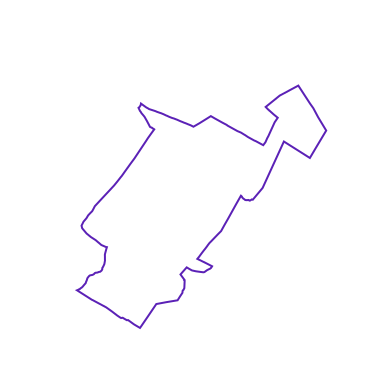 outline of Tapilula, Chiapas, Mexico, rotated 299°
{"feature_id": "50627088B79605017756871", "entity_name": "Tapilula", "entity_type": "district", "adm_level": 2, "iso_a3": "MEX", "parent_name": "Mexico", "parent_adm1": "Chiapas", "projection": "albers", "projection_center": [-92.998, 17.25], "detail": "fine", "context": "isolated", "style": "outline", "palette": "violet", "viewbox_px": 384, "rotation_deg": 299, "n_neighbors": 0, "source": "geoboundaries", "source_scale": "gbopen_adm2", "svg_char_len": 3379}
<svg xmlns="http://www.w3.org/2000/svg" viewBox="0 0 384 384"><g transform="rotate(299 192 192)"><path d="M50.3,139.1L49.2,156.8L49.3,157.4L49.5,172.9L48.7,179.9L47.7,186.6L47.4,190.1L47.4,191.1L48.4,192.3L48.3,195.4L48.3,197.2L49.0,198.2L48.1,205.5L47.9,212.4L49.5,212.6L61.1,213.7L76.7,215.1L83.4,223.2L90.3,231.9L95.4,232.2L96.6,232.3L99.2,232.5L101.0,231.7L101.9,231.8L102.2,232.0L104.2,231.9L110.8,228.6L111.1,227.9L111.5,228.0L114.3,221.9L123.5,223.9L123.5,224.1L123.4,226.9L123.4,230.0L123.9,231.7L124.6,234.0L125.6,236.6L126.3,238.4L127.3,240.9L128.0,241.7L131.0,243.1L133.9,245.1L134.7,245.4L136.6,245.6L136.8,245.6L136.6,239.4L136.1,229.1L139.3,229.7L139.6,229.7L143.4,230.2L146.8,230.7L148.4,231.0L151.9,231.5L153.1,231.6L155.8,232.0L158.6,232.8L160.9,233.4L167.7,235.2L171.9,236.4L178.1,236.4L179.2,236.4L186.1,236.5L191.1,236.5L196.3,236.5L201.7,236.5L202.3,236.5L212.5,236.6L212.4,237.2L212.1,237.7L212.0,238.1L211.6,238.5L211.5,239.0L211.1,240.0L211.1,240.5L211.0,241.5L210.8,242.5L211.2,243.2L211.4,243.9L212.0,244.7L212.3,245.0L212.5,245.8L212.3,246.3L212.5,246.8L213.5,247.4L214.5,247.9L214.7,248.9L229.8,251.8L280.7,247.9L278.9,278.6L289.6,278.9L310.8,279.6L318.6,266.0L324.1,257.5L326.6,252.3L336.6,233.4L318.9,222.0L302.1,215.2L301.1,218.5L300.8,220.0L300.7,220.1L300.5,221.4L300.3,222.0L300.2,222.6L299.5,225.6L299.2,227.2L299.1,227.8L298.5,231.0L293.0,230.5L290.6,230.7L281.6,231.4L277.9,231.7L275.6,231.7L271.1,232.1L267.5,231.6L267.4,223.2L267.3,222.2L267.2,221.6L267.2,214.2L267.5,210.9L267.5,210.0L267.7,206.0L267.3,202.2L267.3,194.3L267.3,190.7L267.5,190.0L267.5,189.4L267.4,185.0L267.4,182.8L267.4,180.4L267.4,176.5L267.5,171.7L263.5,169.5L255.6,165.1L254.3,164.3L252.6,163.3L249.8,161.6L249.7,158.4L249.3,155.5L249.2,154.4L249.0,152.8L248.8,151.6L248.7,151.0L248.6,149.7L248.3,147.6L248.0,144.0L247.9,143.2L247.8,142.7L247.5,140.4L247.2,139.2L247.1,138.7L246.7,135.7L246.6,134.3L246.6,134.0L246.5,132.9L246.4,132.6L246.3,130.6L246.2,129.2L246.1,128.5L246.1,128.4L245.9,126.6L245.8,126.3L245.1,122.2L245.1,121.9L245.0,120.9L244.8,119.8L243.7,114.2L243.8,113.5L243.8,111.3L243.8,110.9L244.3,106.9L244.6,104.5L243.0,105.0L241.0,104.9L239.7,104.4L238.5,106.1L237.8,107.0L237.5,107.6L237.4,108.0L236.7,109.2L236.4,109.7L236.2,110.3L235.3,112.7L234.7,114.1L233.8,115.6L233.0,116.9L232.6,117.6L231.9,118.7L231.5,119.3L230.2,121.3L229.6,122.2L228.6,123.7L228.6,124.2L228.6,124.3L228.8,125.9L228.6,126.3L228.6,127.9L228.5,128.6L223.7,128.0L217.5,127.3L214.4,127.1L208.3,126.6L196.1,125.6L193.5,125.4L186.8,124.5L185.1,124.3L176.6,123.3L172.0,122.8L170.5,122.5L165.5,121.7L159.9,120.7L139.0,115.5L132.5,113.9L129.0,114.0L126.8,114.0L124.0,113.2L121.2,112.5L117.9,112.4L113.5,111.5L111.6,111.6L109.0,111.7L107.0,113.6L104.6,119.9L103.6,125.3L103.2,131.1L102.4,134.9L102.4,135.1L101.7,138.4L102.0,141.5L102.1,142.8L102.2,143.4L102.5,144.3L100.6,144.7L96.2,145.8L94.9,146.2L93.4,147.1L90.7,148.6L89.9,149.1L87.6,149.9L86.4,150.3L83.4,150.5L82.2,150.4L81.9,150.5L80.8,151.0L79.5,151.0L77.8,150.4L76.9,149.3L76.0,148.6L75.4,148.0L75.2,147.7L74.8,147.0L73.9,146.3L72.5,146.0L71.3,145.2L69.6,143.2L68.8,142.8L67.4,142.5L66.6,142.4L65.8,142.3L64.1,142.7L62.4,142.9L62.0,142.9L60.8,143.2L58.0,142.6L57.5,142.5L56.3,142.3L55.0,141.9L53.7,141.2L52.9,141.0L52.4,140.6L51.7,140.1L51.3,139.9L50.3,139.1L50.3,139.1Z" fill="none" stroke="#5b21b6" stroke-width="2"/></g></svg>